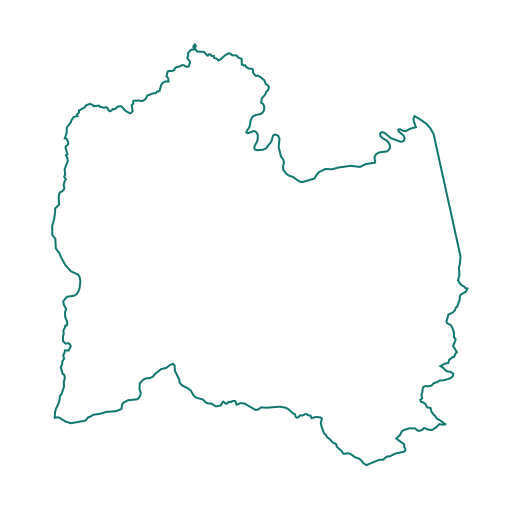 the district of Murindó, Antioquia, Colombia, rotated 87°
{"feature_id": "7082276B39517489210154", "entity_name": "Murindó", "entity_type": "district", "adm_level": 2, "iso_a3": "COL", "parent_name": "Colombia", "parent_adm1": "Antioquia", "projection": "orthographic", "projection_center": [-76.718, 6.832], "detail": "fine", "context": "isolated", "style": "outline", "palette": "teal", "viewbox_px": 512, "rotation_deg": 87, "n_neighbors": 0, "source": "geoboundaries", "source_scale": "gbopen_adm2", "svg_char_len": 5975}
<svg xmlns="http://www.w3.org/2000/svg" viewBox="0 0 512 512"><g transform="rotate(87 256 256)"><path d="M403.7,404.0L401.7,398.4L397.4,397.5L395.6,396.2L393.4,391.5L392.9,382.0L390.7,379.7L388.7,378.7L386.6,378.3L382.8,379.3L377.1,378.7L373.5,374.9L372.3,371.5L372.5,368.6L371.1,365.3L368.7,363.2L364.0,356.7L363.0,351.4L360.3,347.4L359.3,344.5L361.1,343.0L366.5,343.0L375.2,339.1L378.3,338.9L381.2,336.9L384.4,331.3L386.7,328.3L391.6,325.9L394.1,323.7L396.6,316.4L399.6,313.9L400.8,311.3L401.1,308.3L404.1,303.8L403.4,299.1L399.7,296.4L402.0,293.6L401.8,292.5L400.1,290.8L400.6,288.6L399.7,287.4L399.6,284.9L400.2,284.0L402.4,283.6L403.5,282.9L402.1,279.3L402.7,275.3L409.7,264.5L409.5,262.0L407.4,258.8L408.1,253.6L407.7,240.4L409.0,234.5L410.3,232.2L414.9,227.5L416.1,225.4L418.8,224.7L419.5,224.0L419.3,222.0L417.4,220.4L417.8,218.4L416.4,214.6L416.7,213.5L417.7,212.5L418.2,210.0L420.8,209.0L419.8,204.2L420.7,199.7L422.0,198.7L426.4,200.1L430.5,199.3L436.7,197.3L438.0,195.8L440.6,194.5L442.8,191.9L446.4,189.0L447.6,186.4L448.6,185.6L450.6,185.4L455.4,180.6L457.6,179.5L458.2,178.4L457.8,174.3L458.6,172.0L462.2,167.5L463.8,163.5L466.2,161.1L467.9,160.3L470.6,156.8L466.0,143.6L466.1,139.8L463.9,137.1L462.9,134.7L463.2,133.2L460.5,126.9L459.3,118.7L458.0,117.0L456.3,117.0L454.4,118.1L452.5,117.8L451.6,118.2L445.7,125.4L442.2,121.5L438.8,119.6L437.6,117.7L436.1,112.0L436.5,106.2L438.9,103.5L439.2,101.5L438.0,98.6L436.8,97.5L436.7,96.3L438.2,94.0L438.9,90.4L438.7,88.8L436.5,85.1L433.5,81.6L434.2,78.8L434.0,75.0L433.4,76.4L429.9,80.6L427.8,84.0L425.3,85.3L423.9,86.8L420.5,89.0L417.0,89.6L416.1,93.0L412.8,94.4L410.9,96.8L410.2,98.9L408.3,99.5L406.9,97.7L402.9,98.0L400.3,96.8L398.8,96.9L395.7,95.9L394.7,93.5L395.2,91.3L394.7,87.6L392.4,85.2L391.2,81.1L389.9,79.2L390.0,75.7L388.7,69.7L387.7,67.3L386.3,65.8L384.2,65.1L382.7,66.6L381.8,68.2L381.0,71.9L378.1,74.2L375.6,77.6L373.6,73.4L372.7,69.4L369.8,68.6L367.3,65.0L367.1,63.4L363.7,61.8L362.6,60.4L356.1,63.9L351.4,61.5L349.4,61.0L347.6,62.6L343.1,62.3L339.3,63.2L335.4,64.9L333.1,68.6L331.2,69.3L324.6,66.8L322.8,62.6L320.6,60.1L318.3,59.4L316.9,57.6L310.4,54.9L307.5,54.6L305.4,53.7L302.7,48.3L299.6,46.6L298.8,48.7L297.1,50.1L295.9,52.2L294.0,53.6L293.8,54.3L292.6,54.5L290.8,55.6L285.8,53.9L278.0,53.9L274.2,52.7L267.1,51.8L143.3,72.3L137.5,75.3L132.9,78.9L127.0,86.5L124.7,90.4L126.7,91.4L129.2,91.5L135.8,89.6L136.8,94.8L139.1,99.9L138.8,102.3L136.9,105.5L137.0,106.7L137.5,107.3L138.3,107.4L139.3,106.8L142.6,103.1L144.2,102.0L146.0,101.4L148.3,102.1L149.2,103.5L149.5,105.7L145.3,115.1L139.7,121.3L139.0,123.1L139.1,124.6L140.5,125.7L142.6,125.4L144.6,124.0L147.4,119.8L149.5,117.8L152.4,116.5L155.2,116.6L156.7,117.5L158.5,119.9L158.9,127.2L160.5,130.7L163.8,132.6L168.3,132.0L169.1,132.4L169.9,141.5L172.5,147.4L170.9,156.7L171.9,168.6L173.4,175.7L172.7,182.1L175.5,188.6L177.4,190.7L181.7,193.6L184.4,204.8L184.4,207.5L183.2,209.7L179.0,214.9L177.2,219.4L175.1,221.7L171.3,224.3L168.2,224.4L163.9,223.1L161.1,223.8L157.8,225.9L148.2,227.7L140.2,226.4L137.2,227.5L135.7,230.0L136.1,232.0L137.1,232.8L142.6,234.7L149.2,240.6L150.3,243.7L150.4,249.6L149.5,251.6L147.8,252.1L146.1,251.6L141.6,248.9L139.3,248.2L135.4,247.9L133.2,248.7L131.8,250.0L131.1,251.7L132.9,257.5L132.2,259.1L131.0,258.8L126.4,255.6L120.0,254.1L116.5,251.9L115.2,248.9L114.5,243.9L113.2,241.9L111.4,240.6L108.4,239.9L106.8,240.1L104.5,241.0L103.2,242.8L99.5,242.1L98.1,241.4L95.6,238.6L92.6,237.1L90.7,235.1L88.3,234.3L86.6,234.7L84.7,237.3L81.1,238.4L77.8,241.9L75.8,245.0L76.3,246.3L75.9,247.0L73.6,248.9L71.9,249.5L69.7,249.3L69.0,249.8L68.5,253.3L66.8,255.7L65.0,256.8L65.3,257.8L64.4,258.7L64.2,260.2L58.4,260.0L56.9,263.4L54.8,264.8L54.3,269.2L52.5,271.2L52.2,272.8L53.9,276.3L57.9,281.2L58.7,283.2L56.9,284.9L55.9,287.6L54.0,287.7L53.9,290.1L52.2,291.0L52.2,292.7L53.4,293.4L53.4,294.0L49.4,297.4L48.8,303.9L45.7,306.2L44.6,306.1L43.0,305.0L41.4,306.0L43.2,307.5L44.2,307.6L44.9,306.9L46.7,307.5L46.5,309.2L47.0,310.5L49.9,313.3L52.0,313.2L54.8,314.3L58.0,312.0L59.2,311.7L63.2,313.3L63.6,315.2L61.8,317.9L61.5,319.7L62.8,322.6L63.4,326.0L64.4,327.3L65.7,327.6L66.2,328.3L66.9,330.5L66.6,332.9L67.1,334.5L71.8,336.0L74.1,334.3L77.3,334.3L76.9,337.4L78.1,340.1L80.8,342.0L85.8,343.5L86.5,344.7L86.6,346.3L87.9,347.3L88.4,351.0L90.1,356.1L93.3,358.0L94.9,360.3L95.2,362.6L94.6,364.5L94.6,370.2L95.4,370.7L97.4,370.6L98.7,372.2L104.8,371.6L106.6,373.2L106.9,374.4L104.3,378.7L99.3,382.8L99.5,386.1L102.2,389.6L101.7,391.3L103.3,392.8L103.8,394.6L102.9,395.6L100.7,396.4L99.6,397.7L100.0,400.6L99.1,402.3L99.0,403.9L97.6,404.7L97.9,410.5L96.6,411.1L95.4,413.8L96.7,418.0L98.6,419.2L101.4,425.2L103.6,425.3L105.3,427.4L106.9,426.9L107.6,430.7L111.1,433.4L112.6,433.8L117.5,438.0L119.8,438.5L122.5,438.4L128.5,440.8L128.7,439.5L129.5,438.6L133.4,437.5L134.8,437.9L136.7,440.4L138.2,440.5L144.4,439.0L145.4,440.6L148.5,439.2L151.3,439.0L159.5,442.6L164.6,442.3L166.7,443.4L169.5,441.9L171.8,443.4L175.2,444.4L177.4,443.8L179.6,444.4L181.2,446.1L182.2,448.4L184.1,449.4L186.7,449.9L194.4,450.0L198.0,454.1L201.5,454.3L208.4,455.6L215.5,458.0L223.8,458.3L225.1,457.9L228.2,455.5L238.0,455.5L243.1,452.1L246.7,450.9L255.3,446.8L261.7,441.5L265.3,434.6L268.0,433.2L271.8,432.7L278.7,433.8L281.8,435.0L284.8,437.2L286.2,440.1L286.8,446.5L288.3,448.5L291.4,450.9L295.0,450.3L299.1,448.3L301.8,449.6L306.8,449.8L311.7,448.1L314.7,448.1L315.3,448.4L315.6,450.1L317.5,450.6L320.2,452.2L324.0,452.1L325.9,453.0L330.8,453.2L333.6,450.7L333.2,447.8L334.7,446.3L336.5,445.7L340.6,448.1L340.2,451.6L342.6,452.3L344.9,453.7L348.5,453.0L351.1,454.9L353.8,455.2L357.2,456.9L360.7,455.7L363.4,455.5L364.2,454.1L365.9,453.4L368.2,453.4L371.9,454.5L376.9,454.7L383.9,457.5L385.7,459.2L389.4,459.7L392.6,460.8L398.1,463.7L401.5,464.9L407.0,465.4L406.7,462.5L407.0,461.2L411.5,454.7L413.3,449.6L411.6,435.7L410.8,434.3L408.1,431.8L407.9,430.1L406.0,426.8L405.5,420.6L403.8,413.2L403.7,404.0Z" fill="none" stroke="#0f766e" stroke-width="2"/></g></svg>